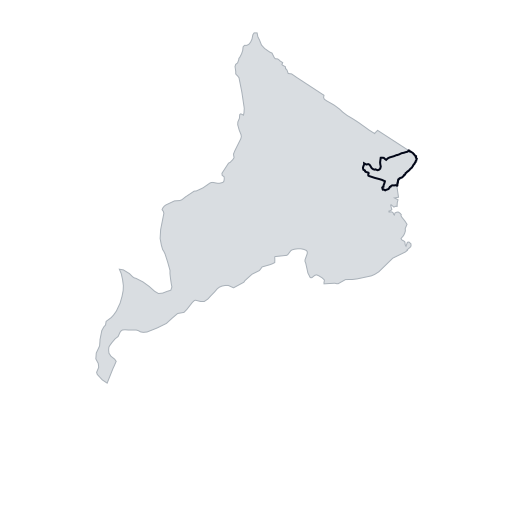 Ocean, Sud, Cameroon (highlighted), rotated 213°
{"feature_id": "32672807B78470526928215", "entity_name": "Ocean", "entity_type": "district", "adm_level": 2, "iso_a3": "CMR", "parent_name": "Cameroon", "parent_adm1": "Sud", "projection": "mercator", "projection_center": [10.17, 2.882], "detail": "fine", "context": "in_parent", "style": "outline", "palette": "ink", "viewbox_px": 512, "rotation_deg": 213, "n_neighbors": 0, "source": "geoboundaries", "source_scale": "gbopen_adm2", "svg_char_len": 6319}
<svg xmlns="http://www.w3.org/2000/svg" viewBox="0 0 512 512"><g transform="rotate(213 256 256)"><path d="M132.1,343.2L133.0,340.6L140.1,328.7L144.4,309.6L146.5,305.1L148.5,302.1L158.7,291.9L162.5,288.7L168.1,285.0L172.0,277.5L173.3,276.7L175.1,276.1L183.8,269.7L184.6,270.9L185.2,272.5L185.8,273.2L188.7,273.7L192.6,273.6L194.9,273.2L196.1,271.9L197.3,268.4L198.0,267.7L198.9,267.5L203.2,270.0L210.2,276.9L212.0,278.2L212.8,279.5L214.3,285.8L215.2,287.4L216.7,288.1L219.5,287.6L222.3,286.5L224.8,284.9L227.3,282.8L229.0,280.9L229.7,279.5L230.1,274.4L230.6,273.3L239.8,265.8L239.6,265.1L238.1,263.0L236.7,260.7L238.1,258.3L239.5,256.4L244.9,250.2L245.2,245.7L249.4,238.6L251.9,229.3L251.9,227.4L257.5,217.1L263.3,216.2L265.6,214.7L268.2,212.2L269.8,209.8L270.6,207.5L271.2,203.1L272.2,198.2L272.9,193.8L274.6,189.7L277.6,187.7L282.6,186.0L283.4,185.2L284.1,182.5L284.9,173.5L285.7,169.5L290.4,165.1L292.5,158.1L294.4,150.7L299.7,141.8L306.0,132.9L308.9,130.6L311.4,129.5L314.2,129.3L316.1,128.7L322.9,124.3L325.7,122.8L327.7,121.2L328.3,119.9L328.5,118.0L327.8,113.4L329.0,110.0L329.7,104.8L329.9,100.7L329.7,99.3L328.4,96.9L326.4,94.4L323.0,92.9L318.4,92.5L315.9,91.5L315.1,86.9L314.7,83.9L311.6,68.3L317.5,68.4L324.6,70.2L326.3,71.6L327.3,77.0L329.8,80.0L334.3,82.5L337.1,87.6L338.2,95.4L340.7,100.0L341.2,100.7L344.7,109.5L345.0,113.5L344.6,116.2L346.1,119.6L343.9,125.4L343.3,128.9L343.1,133.8L344.3,142.5L346.4,149.3L348.6,154.7L351.1,158.9L355.1,163.6L359.4,167.8L363.4,170.5L359.7,172.1L352.5,172.3L348.4,171.4L346.4,171.3L344.4,171.9L336.7,172.7L329.0,172.3L321.8,171.2L317.4,171.4L314.1,174.0L311.3,177.9L308.8,180.9L309.7,184.3L311.6,186.2L315.3,190.4L318.6,194.4L320.3,197.1L327.0,203.0L333.4,208.2L336.4,210.0L337.6,210.4L341.1,213.4L345.9,218.4L350.3,226.1L356.5,241.6L357.9,242.9L360.0,243.7L360.3,245.4L360.1,247.8L359.4,249.7L354.4,257.8L350.1,261.0L348.8,262.8L347.2,267.5L343.2,276.7L341.5,278.0L337.6,284.2L334.4,292.0L333.6,293.2L332.3,294.2L327.7,296.1L326.2,297.1L323.9,299.6L323.6,301.1L324.6,303.4L325.9,305.1L328.3,305.2L329.6,306.8L329.6,318.9L328.5,320.8L328.5,321.6L328.0,323.7L327.9,326.0L328.2,326.9L329.1,327.7L330.4,329.3L331.1,333.0L332.6,346.1L333.3,348.1L334.6,349.6L338.6,352.4L342.8,356.1L344.2,358.5L344.9,362.5L346.6,365.6L346.5,366.6L345.9,367.0L343.2,367.3L344.1,369.6L346.3,373.5L357.0,385.6L367.4,396.3L369.8,397.1L371.6,397.4L372.4,398.0L373.3,399.5L376.8,403.5L377.4,405.7L376.6,407.9L377.4,411.3L378.0,412.5L377.8,413.6L378.2,417.7L379.1,421.2L380.7,424.3L380.4,426.4L378.5,427.6L377.3,429.6L377.0,432.4L377.5,435.8L379.1,439.8L379.1,442.1L376.6,443.7L373.9,440.9L370.8,439.1L366.3,435.9L361.7,434.7L355.7,434.5L353.1,434.9L348.7,432.3L347.3,431.9L345.3,433.0L344.0,433.1L342.3,432.7L338.9,432.7L338.6,430.8L338.0,430.5L334.4,430.7L333.2,429.1L332.8,429.3L331.3,428.8L328.4,426.6L325.3,428.1L318.9,427.9L286.5,427.8L285.7,425.8L284.1,424.7L281.2,424.6L272.6,425.1L266.0,424.7L261.6,423.9L256.1,423.5L249.3,423.8L242.4,423.8L230.0,423.2L223.1,423.3L223.3,424.6L222.8,425.5L222.5,427.6L178.5,427.6L174.9,426.1L173.8,425.2L173.5,423.4L172.7,423.2L173.3,415.5L174.8,409.1L175.4,403.2L177.5,397.9L176.4,392.7L175.1,390.4L168.5,382.9L171.5,380.1L167.5,380.5L166.6,377.7L164.7,374.4L165.9,373.9L167.0,372.1L170.7,372.6L170.6,371.8L167.4,369.0L167.7,367.6L169.0,366.0L168.4,365.3L166.1,367.0L164.5,366.9L163.2,365.9L162.3,365.7L162.9,367.8L161.6,369.7L160.4,370.4L158.4,370.3L156.7,369.8L156.3,368.7L154.7,367.9L150.3,366.5L146.6,364.8L145.8,360.3L144.4,358.4L143.7,356.1L143.4,353.6L143.9,349.7L143.0,349.1L141.9,348.9L140.3,349.1L138.8,348.9L137.0,346.7L135.5,345.9L136.5,349.9L135.4,351.0L132.7,350.6L131.6,349.1L131.3,348.0L132.6,343.3L132.1,343.2Z" fill="#d9dde1" stroke="#a8b0b8" stroke-width="1"/><path d="M187.4,382.7L187.3,381.9L186.4,381.5L186.1,380.9L185.7,380.7L184.8,381.4L183.4,381.4L183.1,382.1L182.9,382.3L182.3,383.1L181.3,384.4L181.4,385.1L181.2,386.0L181.4,386.9L180.8,387.5L180.9,388.1L180.3,389.4L178.6,390.4L178.5,390.5L177.4,391.5L176.1,391.7L175.9,391.8L175.8,392.0L176.0,392.5L176.3,392.8L176.5,393.3L176.7,393.6L176.9,393.7L177.0,394.0L176.7,393.8L176.8,394.2L177.3,395.5L178.0,396.6L178.2,397.2L178.4,397.7L178.3,397.9L178.2,397.9L178.0,398.1L178.1,398.5L177.9,398.8L177.8,399.2L177.9,399.4L177.8,399.6L177.7,399.7L177.5,400.1L176.9,400.7L176.4,401.3L176.3,401.5L176.2,402.1L176.1,402.3L176.1,402.5L176.0,402.8L175.9,403.1L175.9,403.7L175.9,404.1L175.9,404.3L175.7,404.3L175.5,405.0L175.4,405.7L175.5,406.3L175.7,406.9L175.7,407.0L175.5,407.4L175.3,407.8L175.2,408.0L175.2,408.5L175.1,409.1L174.7,409.7L174.6,409.9L174.7,410.1L174.6,410.4L174.3,410.9L174.2,411.8L174.1,412.0L174.1,412.9L174.0,413.1L173.9,413.4L173.8,413.8L173.7,414.3L173.5,414.6L173.4,415.5L173.5,416.2L173.4,416.6L173.6,417.6L173.5,417.9L173.6,418.5L173.6,418.8L173.4,419.2L173.3,419.4L173.5,420.4L173.5,421.0L173.4,421.4L173.4,421.6L173.4,421.8L173.6,422.0L173.7,422.4L173.8,422.9L173.7,423.3L173.7,423.6L174.1,424.7L174.2,425.1L174.3,425.1L174.8,425.3L175.0,425.4L175.3,425.5L175.5,425.9L175.9,426.0L176.0,426.2L176.0,426.7L176.1,426.9L176.3,426.9L176.6,426.6L177.0,426.7L177.2,426.8L177.4,426.9L178.0,427.0L178.6,427.3L178.8,427.4L179.0,427.3L180.0,427.6L180.5,427.8L180.7,427.7L180.8,427.4L180.9,427.2L180.9,427.4L181.1,427.7L181.5,427.8L182.5,427.8L182.7,427.7L182.9,427.7L183.1,427.8L183.4,427.8L183.8,427.4L184.0,427.4L184.3,427.4L184.4,427.5L184.5,427.7L184.8,427.9L185.4,427.5L185.5,427.5L185.5,427.1L185.7,426.1L185.8,425.9L187.3,424.3L188.0,423.4L188.1,423.2L189.9,421.5L191.2,419.3L191.3,419.1L192.0,418.3L192.3,417.7L193.0,417.3L194.7,414.8L197.4,411.7L197.5,411.6L198.5,410.0L199.1,408.0L199.2,407.5L200.6,407.6L202.3,407.9L204.0,407.0L204.9,406.3L204.2,404.8L202.9,402.1L201.7,400.6L200.1,399.0L199.4,396.9L199.8,395.4L200.2,394.8L200.7,394.2L202.0,393.9L202.9,393.8L203.1,393.5L203.4,393.1L205.0,392.6L206.7,392.7L207.3,392.9L208.8,393.7L210.5,394.4L211.9,394.2L213.3,392.8L215.8,392.6L215.1,391.7L215.0,390.5L214.5,388.5L213.8,387.6L212.8,386.8L211.5,387.1L211.0,387.0L210.6,386.4L209.8,386.3L207.5,387.0L207.0,387.1L206.6,386.8L206.4,385.9L206.0,385.0L205.5,384.7L205.4,384.6L204.6,384.7L198.9,386.2L194.4,387.7L191.6,388.5L191.3,388.5L188.6,388.9L188.2,387.8L187.8,386.3L187.5,384.7L186.8,383.5L187.4,382.7Z" fill="none" stroke="#020617" stroke-width="2"/></g></svg>